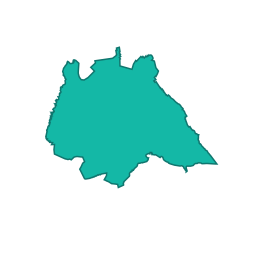 Chalchicomula de Sesma, Puebla, Mexico (Albers equal-area conic projection), rotated 43°
{"feature_id": "50627088B80469621247592", "entity_name": "Chalchicomula de Sesma", "entity_type": "district", "adm_level": 2, "iso_a3": "MEX", "parent_name": "Mexico", "parent_adm1": "Puebla", "projection": "albers", "projection_center": [-97.433, 18.977], "detail": "fine", "context": "isolated", "style": "filled", "palette": "teal", "viewbox_px": 256, "rotation_deg": 43, "n_neighbors": 0, "source": "geoboundaries", "source_scale": "gbopen_adm2", "svg_char_len": 5668}
<svg xmlns="http://www.w3.org/2000/svg" viewBox="0 0 256 256"><g transform="rotate(43 128 128)"><path d="M87.6,73.4L88.5,77.6L90.9,82.4L79.8,88.1L75.2,83.4L75.3,82.7L73.6,82.3L73.8,80.6L72.1,80.4L72.3,79.3L70.6,79.1L70.6,78.7L69.6,77.9L69.9,77.5L66.6,74.9L65.1,77.4L66.8,78.7L66.2,79.5L69.5,82.0L69.4,82.2L70.0,82.8L69.2,87.5L58.0,101.4L59.9,102.7L59.4,109.0L64.7,109.3L64.4,119.0L64.2,119.1L63.2,122.8L60.8,124.6L58.7,124.2L57.5,123.9L56.6,123.4L54.4,122.0L53.1,120.6L47.9,114.2L43.7,114.2L42.0,115.0L41.8,115.7L42.1,116.2L42.3,116.5L42.4,115.7L42.7,115.4L43.0,115.3L43.0,115.8L43.7,117.4L43.5,118.1L43.0,118.9L41.9,120.2L41.6,120.4L39.8,120.2L38.5,120.4L38.6,121.4L39.0,121.7L39.0,121.9L39.1,122.0L39.2,121.8L39.6,122.7L39.5,122.8L39.4,122.7L39.7,123.8L39.7,125.3L40.0,126.4L40.1,127.7L40.4,128.8L41.0,129.6L41.4,130.6L41.8,131.3L42.1,131.5L43.2,131.8L44.1,132.9L44.7,133.3L44.7,133.5L45.2,133.5L45.3,133.3L45.7,133.6L47.1,133.8L47.9,134.5L48.5,134.6L48.8,134.5L49.1,134.7L49.4,134.7L49.4,135.3L49.6,135.8L49.7,136.3L51.5,137.8L51.9,138.4L52.0,139.4L51.7,139.7L51.2,141.3L51.5,142.1L52.1,142.8L51.4,143.0L51.3,144.0L51.5,144.5L51.2,144.5L51.4,144.8L51.8,144.8L51.8,145.0L52.5,145.8L52.9,146.8L54.0,147.1L54.5,147.5L54.7,148.8L54.3,149.0L54.6,149.9L55.3,150.4L55.9,151.2L56.2,152.6L55.7,152.9L56.8,153.3L57.8,154.5L56.7,156.3L56.4,156.1L56.3,156.7L57.4,157.0L57.5,157.1L57.0,157.5L57.9,157.7L58.4,158.1L58.5,158.8L58.4,159.8L58.8,159.9L58.1,160.3L59.4,160.6L59.2,160.7L59.2,160.8L59.9,161.6L60.2,161.7L60.5,162.1L60.7,162.7L60.7,163.4L60.8,163.3L60.2,164.3L60.5,165.1L60.3,165.3L60.4,165.7L61.4,165.7L62.4,166.0L62.7,166.2L62.3,167.3L62.3,167.7L62.7,167.7L62.4,168.2L61.8,168.7L61.6,168.5L61.1,169.0L61.8,169.0L62.0,169.3L62.3,169.2L62.1,169.6L62.5,169.6L63.2,169.6L64.2,170.3L63.4,170.1L63.1,170.6L63.3,170.8L63.6,170.7L63.7,170.9L63.4,171.1L63.6,171.2L63.7,171.5L64.2,171.7L64.3,172.0L64.1,172.0L64.0,171.8L63.3,172.2L63.9,172.6L64.4,172.3L64.2,172.8L64.2,173.3L65.2,173.3L65.0,174.1L65.6,174.0L65.5,174.4L65.6,174.5L65.2,174.7L65.2,174.8L65.6,174.6L65.8,174.9L65.4,175.3L65.5,175.7L65.4,175.9L65.5,176.1L66.7,176.8L66.4,176.9L66.7,177.4L66.9,177.3L67.1,177.6L66.7,177.8L66.7,178.0L67.3,178.4L67.8,178.2L68.2,179.3L68.4,179.2L68.9,180.3L68.4,180.7L68.7,181.9L69.1,182.4L69.3,182.9L70.1,184.3L69.9,184.9L70.7,185.6L71.1,185.6L72.6,188.3L73.3,189.3L73.9,190.0L73.7,190.2L75.3,191.5L76.4,190.9L76.6,191.9L78.9,191.4L79.0,191.7L80.0,190.9L80.5,191.9L82.8,190.1L83.4,192.3L85.5,190.2L88.7,194.4L92.0,197.2L103.2,193.4L103.2,193.2L105.6,192.0L106.5,190.5L108.2,190.0L108.4,186.3L108.7,185.5L110.1,183.6L114.7,180.2L119.2,182.2L119.3,182.7L118.9,183.8L119.1,185.2L120.1,188.1L120.8,191.0L130.8,194.7L131.8,194.2L134.2,191.1L135.0,189.6L135.0,189.2L135.6,188.7L135.9,187.7L136.2,187.5L136.2,187.0L136.7,186.7L136.8,186.3L136.7,185.9L136.8,185.6L137.4,185.1L137.3,184.6L137.7,184.3L137.8,183.9L137.7,183.1L138.0,182.8L138.6,182.6L138.7,182.4L138.7,181.6L139.7,181.0L139.8,180.5L139.8,179.9L140.1,179.5L143.1,175.5L144.8,177.6L145.9,182.1L148.1,181.3L148.3,181.4L148.5,181.2L151.0,180.4L153.9,179.9L157.1,177.5L158.9,176.3L161.5,178.1L163.7,172.8L163.6,172.6L162.3,171.8L162.2,170.9L161.8,170.7L161.6,170.2L161.9,162.4L161.3,161.3L160.4,160.7L160.0,160.1L159.8,158.3L160.3,158.0L160.5,157.5L160.0,156.4L160.4,156.4L160.5,156.2L160.4,155.7L160.6,155.4L160.4,155.1L160.7,155.0L160.6,154.7L160.6,154.2L160.4,153.8L160.4,152.6L160.7,150.1L160.4,149.0L159.8,148.2L159.6,146.8L160.8,145.5L161.8,143.7L162.2,143.7L164.6,139.7L164.4,138.3L164.4,137.5L163.9,137.0L163.4,135.9L163.0,136.3L162.3,136.6L160.6,136.4L160.0,136.1L159.6,135.6L159.8,134.0L160.3,132.8L161.6,132.1L160.8,130.8L162.0,129.8L162.7,130.7L163.2,130.2L163.7,131.0L164.0,130.7L164.4,130.5L164.7,130.2L165.6,129.7L165.9,129.4L165.7,129.4L166.4,128.7L171.6,127.7L171.6,126.2L172.3,125.8L173.5,125.7L175.5,126.8L176.7,126.9L179.1,126.5L180.7,125.7L181.6,126.0L182.3,125.6L182.9,125.6L187.4,123.4L192.0,120.3L192.9,119.0L194.3,118.6L195.1,118.6L196.7,119.3L197.2,119.1L198.5,119.7L199.7,119.7L200.2,120.0L200.5,120.4L200.7,119.5L200.5,119.1L197.7,117.5L197.1,116.7L197.0,116.3L197.1,115.8L197.3,115.5L199.8,113.2L201.1,111.2L201.3,110.6L201.1,109.7L201.4,108.4L201.7,107.7L202.7,106.9L203.1,105.7L203.4,105.3L205.1,103.9L206.3,103.7L206.7,103.4L209.9,100.1L216.1,95.0L217.5,93.7L206.8,91.8L205.9,91.8L205.1,91.6L203.5,91.5L201.3,90.8L200.9,90.8L200.3,91.2L199.6,91.3L198.2,90.8L197.2,91.1L196.1,90.8L195.4,90.9L194.1,90.8L192.9,90.4L192.4,90.4L191.9,90.2L191.7,90.3L191.5,90.6L191.0,90.4L190.4,90.5L189.3,89.5L188.6,89.1L187.3,88.8L186.8,87.8L186.3,87.7L186.0,86.9L185.0,85.9L184.3,84.7L183.4,85.5L182.7,85.3L182.3,85.4L181.7,85.6L181.3,86.0L180.4,85.8L179.0,85.0L178.6,84.9L177.4,85.0L176.9,85.7L176.3,85.7L176.1,85.5L174.1,85.4L174.1,85.2L172.3,84.7L172.0,85.7L171.8,85.8L169.4,85.3L166.4,83.7L165.6,83.5L164.9,82.8L163.7,82.6L163.3,82.2L162.9,81.5L163.0,81.3L162.4,81.1L162.9,79.2L160.0,78.5L158.1,77.5L157.7,77.5L156.7,77.2L155.4,77.1L155.2,77.3L155.0,76.3L152.3,76.2L151.8,75.9L149.7,75.6L149.2,75.7L147.7,76.3L146.8,76.2L146.1,76.4L143.8,76.4L141.8,76.2L139.1,76.7L137.3,76.5L137.2,76.3L135.1,76.3L135.0,77.6L133.5,77.5L133.4,77.9L130.2,77.1L129.5,77.3L129.2,77.3L128.9,77.1L128.9,76.7L126.6,76.2L126.6,76.9L124.4,76.4L124.4,76.8L117.0,75.0L116.7,76.2L114.8,75.9L115.4,73.6L112.8,73.0L112.9,70.7L113.2,70.8L112.5,68.2L111.4,65.6L107.3,64.9L101.6,61.1L99.1,62.2L99.2,61.2L98.9,60.2L98.4,59.7L96.8,59.0L95.5,58.8L94.8,59.2L94.2,59.8L93.8,60.5L93.5,61.9L93.1,61.5L93.1,63.1L92.5,63.8L92.0,63.4L92.1,65.7L90.1,65.5L90.2,66.9L88.7,66.9L88.7,73.4L87.6,73.4Z" fill="#14b8a6" stroke="#0f766e" stroke-width="1.5"/></g></svg>